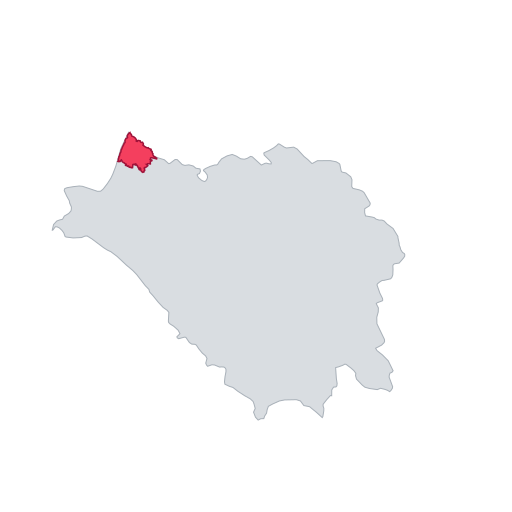 location of Grodno, Grodno, Belarus, rotated 40°
{"feature_id": "67162791B13547290723272", "entity_name": "Grodno", "entity_type": "district", "adm_level": 2, "iso_a3": "BLR", "parent_name": "Belarus", "parent_adm1": "Grodno", "projection": "natural_earth1", "projection_center": [24.107, 53.67], "detail": "fine", "context": "in_parent", "style": "filled", "palette": "rose", "viewbox_px": 512, "rotation_deg": 40, "n_neighbors": 0, "source": "geoboundaries", "source_scale": "gbopen_adm2", "svg_char_len": 7680}
<svg xmlns="http://www.w3.org/2000/svg" viewBox="0 0 512 512"><g transform="rotate(40 256 256)"><path d="M410.6,337.2L403.0,336.9L393.9,337.0L388.8,339.8L383.2,338.5L379.3,340.1L370.5,347.8L367.1,352.0L364.0,358.4L362.1,363.2L363.3,366.5L365.1,369.6L365.5,373.0L366.5,375.6L364.3,377.5L363.1,380.3L359.2,379.8L354.5,377.2L353.4,373.3L349.7,370.7L347.3,369.3L343.4,369.1L337.2,370.3L329.0,371.3L322.9,371.5L319.5,372.9L314.6,374.2L312.7,372.6L309.8,368.3L307.4,364.0L305.8,362.1L304.5,361.6L302.8,361.7L300.9,363.1L299.5,364.5L294.4,366.1L292.2,367.6L289.8,371.6L288.1,371.3L286.4,370.4L284.3,366.0L281.6,364.9L277.3,364.9L271.9,363.9L267.5,362.6L266.0,362.9L263.4,364.8L260.6,365.1L254.5,363.4L253.3,364.2L249.9,369.1L248.2,369.3L247.3,368.7L247.7,364.4L244.1,362.9L238.1,362.7L233.9,363.3L231.9,363.1L230.8,362.3L225.5,355.2L222.8,354.7L217.9,355.1L210.7,354.2L202.4,352.6L197.8,352.0L195.4,350.4L190.3,349.9L176.5,346.9L170.9,346.3L162.7,346.3L150.1,345.6L142.1,346.0L138.3,347.0L134.0,347.6L119.1,348.4L113.8,349.2L112.2,350.7L110.5,354.0L104.3,359.7L98.4,363.5L97.3,363.8L93.8,361.8L90.9,361.1L87.4,360.9L85.0,361.5L83.5,362.5L83.7,366.9L83.3,367.2L80.7,362.0L80.9,357.3L82.4,354.6L84.2,352.2L83.5,348.6L85.2,343.8L85.3,340.4L84.5,338.9L83.1,337.1L79.2,335.2L77.5,333.7L72.3,331.7L67.1,329.2L66.2,327.7L66.5,326.7L67.4,325.1L71.4,320.4L75.7,315.9L78.4,314.1L93.1,308.3L95.3,306.3L95.9,302.9L95.6,296.0L94.8,289.7L93.7,285.4L90.9,277.3L83.4,260.6L78.9,243.2L81.8,244.2L88.7,244.6L94.2,243.4L97.1,243.3L99.6,243.6L106.9,242.7L108.7,244.2L111.9,245.6L118.3,243.6L123.9,241.2L129.7,241.4L130.6,240.2L132.0,234.1L133.7,232.8L140.7,233.4L143.3,232.3L146.0,229.3L150.1,227.4L153.5,227.4L157.1,225.3L158.9,226.7L159.7,229.2L158.6,231.2L159.1,232.0L161.6,233.0L165.8,233.0L168.5,232.2L169.2,231.0L169.1,228.9L168.4,227.0L166.6,225.3L163.2,224.4L160.9,224.4L160.5,223.3L161.3,221.0L163.3,216.8L165.8,212.9L167.4,211.5L167.7,210.2L167.3,207.9L167.2,203.7L169.5,197.9L172.5,193.5L176.7,192.1L181.7,191.4L184.9,189.3L186.5,186.9L187.8,183.2L189.4,182.4L201.6,182.9L203.4,179.1L204.4,178.1L206.8,177.0L208.4,175.7L207.7,174.6L204.6,174.0L197.3,173.4L195.8,172.1L196.3,170.7L198.2,166.8L200.0,161.9L200.9,158.0L201.0,155.8L202.0,155.2L207.9,154.4L209.9,153.7L214.9,148.4L218.8,147.6L228.9,148.9L233.5,148.8L239.3,149.2L239.8,148.6L241.8,143.5L251.6,135.2L256.8,132.3L260.2,131.7L261.3,131.9L266.7,136.2L268.0,136.4L271.5,134.6L277.6,134.4L280.5,135.9L284.7,141.3L286.8,141.9L292.7,138.9L296.0,137.9L298.2,138.0L309.5,142.1L310.4,143.5L310.5,145.0L308.9,149.9L311.3,152.9L314.1,154.9L319.8,151.6L321.9,150.6L324.2,150.6L327.3,149.3L329.5,147.5L331.7,146.8L335.8,147.3L343.3,146.8L352.1,149.8L352.9,150.7L357.3,154.1L358.9,155.8L360.4,156.4L362.8,158.1L365.9,159.1L368.0,158.8L369.1,159.3L370.1,160.7L370.3,162.9L370.2,169.4L367.2,172.8L366.8,173.9L367.0,175.4L369.6,178.2L372.9,182.5L373.8,185.0L373.8,186.9L369.7,192.4L368.3,193.7L367.4,196.5L366.9,199.3L367.3,200.4L374.7,204.8L380.2,207.2L381.5,208.4L381.6,209.1L378.9,213.9L378.7,215.2L383.1,217.1L385.6,220.3L387.9,225.3L392.2,230.2L407.9,237.3L409.3,238.6L409.8,240.1L409.5,243.5L406.9,249.8L409.6,250.7L416.4,250.5L424.7,251.3L434.8,255.8L434.9,257.8L433.9,259.6L434.7,261.6L435.8,263.2L444.7,268.3L445.5,269.7L445.8,272.2L445.6,274.0L443.3,274.3L440.7,275.2L436.4,277.3L434.8,280.4L428.0,284.6L423.8,286.5L420.3,286.6L412.1,285.7L409.1,283.6L407.9,281.7L404.7,280.9L400.5,280.8L394.7,281.1L393.6,281.7L392.7,284.0L390.4,288.0L388.7,290.3L396.3,298.2L400.1,301.5L401.4,303.5L401.4,304.9L399.7,306.6L400.1,309.9L403.8,314.4L402.7,315.1L402.5,320.5L402.7,326.4L403.8,327.8L405.8,329.0L407.5,331.1L410.4,336.0L410.6,337.2Z" fill="#d9dde1" stroke="#a8b0b8" stroke-width="1"/><path d="M116.9,244.9L116.7,245.0L115.9,245.0L115.4,245.0L114.8,245.1L114.4,245.1L114.0,245.2L113.5,245.3L113.0,245.2L112.6,245.0L112.3,244.9L112.0,244.7L111.7,244.5L111.5,244.3L111.4,243.9L111.0,243.8L110.5,243.7L110.1,243.6L109.9,243.3L109.7,243.0L109.1,242.6L108.7,242.8L108.0,242.7L107.6,242.7L107.4,242.0L107.1,241.7L106.7,241.8L106.1,242.0L105.6,242.2L104.9,242.4L104.3,242.4L103.8,242.3L103.5,242.7L103.2,243.1L102.5,243.3L101.7,243.5L100.5,243.7L99.6,243.7L98.6,243.8L98.2,243.8L98.1,243.6L98.0,243.3L97.9,242.8L97.7,242.5L97.3,242.3L97.0,242.2L96.5,242.0L96.0,241.8L95.7,241.9L95.5,242.2L95.2,242.7L94.3,242.9L93.9,242.7L93.1,242.2L92.5,242.7L91.8,242.9L91.3,243.6L91.2,244.0L91.4,244.5L90.8,244.9L90.3,244.9L90.3,244.5L90.0,244.0L89.5,243.8L88.9,243.6L87.8,243.2L87.0,243.3L86.2,243.2L84.7,243.6L83.7,244.0L83.2,243.7L82.7,243.2L82.3,242.9L81.5,243.0L80.8,242.9L80.1,242.4L79.8,243.5L79.8,244.6L79.9,246.2L80.3,246.9L81.0,247.5L81.5,247.9L81.3,248.7L81.1,249.1L80.9,250.1L81.4,251.6L81.8,252.2L82.6,253.0L82.7,253.7L82.5,254.5L83.1,255.7L83.3,257.1L83.9,259.1L84.4,260.4L84.6,261.6L85.6,263.2L85.8,264.1L85.9,264.8L86.5,266.0L87.1,266.9L87.1,267.4L87.1,268.0L87.7,268.9L88.2,270.2L89.2,271.3L89.4,272.2L89.4,272.3L89.7,272.2L89.8,272.2L90.2,271.9L90.2,271.5L90.2,271.3L90.8,271.2L91.0,271.2L91.2,270.9L91.2,270.6L91.1,270.2L91.1,269.7L91.0,269.4L91.0,269.1L91.1,268.9L91.4,269.0L91.8,269.1L92.1,269.3L92.5,269.6L92.8,269.7L93.3,269.7L93.7,269.7L94.2,269.7L94.7,269.6L94.9,269.4L95.1,269.3L95.5,269.4L95.8,269.5L96.2,269.5L96.4,269.5L96.7,269.4L96.9,269.3L97.2,269.1L97.4,269.1L97.7,269.2L97.8,269.4L97.9,269.7L97.9,269.9L97.7,270.1L97.8,270.4L98.2,270.3L98.3,270.1L98.3,269.9L98.4,269.7L98.7,269.7L99.0,269.8L99.3,269.9L99.7,269.9L99.9,269.9L100.1,269.7L100.1,269.3L100.3,269.1L100.7,269.0L101.0,269.1L101.3,269.2L101.5,269.4L101.7,269.5L101.9,269.3L102.2,269.3L102.4,269.1L102.6,269.0L102.6,268.8L102.7,268.7L103.1,268.5L103.3,268.5L103.6,268.6L103.9,268.5L104.0,268.3L104.2,268.1L104.6,267.9L104.7,267.7L104.4,267.3L104.1,267.1L104.0,266.9L103.9,266.6L103.8,266.3L103.7,266.1L103.4,265.9L103.3,265.7L103.1,265.5L102.9,265.3L102.9,264.9L103.1,264.6L103.5,264.4L103.7,264.0L104.1,264.0L104.3,264.0L104.8,264.0L105.0,263.9L104.8,263.6L104.5,263.3L104.4,263.1L104.5,262.8L104.7,262.7L105.0,262.7L105.2,262.8L105.5,262.9L105.7,263.0L105.9,263.1L106.1,263.2L106.3,263.2L106.5,263.1L106.7,262.9L106.9,262.9L107.2,263.1L107.3,263.3L107.6,263.5L108.0,263.5L108.3,263.7L108.4,263.8L108.6,263.8L108.8,263.9L109.0,264.0L109.4,264.1L109.6,264.2L109.8,264.3L110.2,264.5L110.5,264.7L110.7,264.8L111.1,264.9L111.4,264.9L111.6,264.7L111.4,264.3L111.2,264.1L110.9,264.0L110.7,263.9L110.4,263.8L110.3,263.7L110.2,263.5L110.3,263.3L110.4,263.1L110.6,263.1L110.8,263.1L111.3,263.2L111.5,263.3L111.9,263.6L112.0,263.8L112.2,264.0L112.3,264.1L112.5,264.3L113.0,264.5L113.5,264.6L113.9,264.9L114.1,264.9L114.3,264.9L114.6,264.8L114.9,264.7L115.2,264.7L115.5,264.7L115.6,264.4L115.5,264.2L115.7,263.9L116.1,263.8L116.1,263.6L115.8,263.3L115.7,263.1L115.6,262.8L115.6,262.5L115.8,262.3L115.8,262.1L115.7,261.8L115.3,261.5L114.5,261.0L113.9,260.6L113.7,260.2L113.7,259.9L114.1,259.6L114.5,259.3L114.6,258.9L114.6,258.6L114.7,258.2L114.9,257.9L114.9,257.3L114.8,256.9L115.1,256.7L115.1,256.4L115.0,256.2L114.6,256.2L114.2,256.2L113.5,256.2L113.9,255.9L113.9,255.6L113.6,255.3L113.5,255.1L113.7,254.9L114.0,254.6L114.4,254.3L114.7,254.1L115.1,253.8L115.8,253.6L115.9,253.3L115.7,253.1L115.4,252.9L115.2,252.7L115.0,252.4L114.8,252.1L114.7,251.9L114.4,251.6L114.4,251.2L114.4,250.9L114.6,250.7L114.8,250.4L115.0,250.1L114.9,249.7L114.7,249.5L114.4,249.5L114.2,249.6L114.4,250.0L113.7,250.3L113.4,250.4L112.9,250.3L112.9,249.9L112.9,249.6L112.7,249.4L112.4,249.0L112.2,248.7L112.4,248.2L113.0,247.7L114.0,247.2L115.0,246.7L115.6,246.4L116.2,246.0L116.7,245.9L117.3,245.7L117.5,245.4L117.3,245.1L116.9,244.9L116.9,244.9Z" fill="#f43f5e" stroke="#9f1239" stroke-width="1.5"/></g></svg>